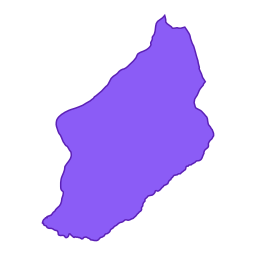 Tilisca, Sibiu, Romania (orthographic projection)
{"feature_id": "2599482B81731395938028", "entity_name": "Tilisca", "entity_type": "district", "adm_level": 2, "iso_a3": "ROU", "parent_name": "Romania", "parent_adm1": "Sibiu", "projection": "orthographic", "projection_center": [23.764, 45.562], "detail": "fine", "context": "isolated", "style": "filled", "palette": "violet", "viewbox_px": 256, "rotation_deg": 0, "n_neighbors": 0, "source": "geoboundaries", "source_scale": "gbopen_adm2", "svg_char_len": 5746}
<svg xmlns="http://www.w3.org/2000/svg" viewBox="0 0 256 256"><path d="M184.8,27.1L182.7,27.7L180.9,28.2L179.5,28.2L178.2,28.1L177.8,27.8L176.5,27.8L175.1,28.1L173.7,28.2L172.9,28.3L172.2,28.0L171.5,26.9L167.1,23.7L165.8,22.1L165.7,19.4L165.1,16.8L164.7,15.4L162.6,17.8L160.9,19.0L157.6,21.4L156.3,23.5L155.7,26.1L155.1,31.2L154.2,34.4L152.6,36.6L152.3,37.2L152.3,39.0L151.9,40.4L150.8,42.4L150.7,43.6L151.0,44.4L150.7,45.5L150.4,46.0L149.6,47.1L148.5,48.2L147.2,49.2L145.9,50.0L143.4,51.2L140.5,52.3L138.4,53.5L137.7,54.1L137.0,55.4L136.0,57.8L133.4,61.0L131.3,63.0L129.4,64.8L127.9,66.3L126.1,67.8L124.1,68.9L122.5,69.3L120.8,70.1L119.1,71.4L117.5,73.3L115.9,74.6L114.2,75.7L113.0,76.6L111.1,78.5L109.7,81.2L108.1,84.3L107.2,85.5L105.8,86.6L102.9,89.7L101.6,91.1L97.8,94.3L95.5,96.2L94.5,96.7L93.5,98.3L92.6,99.0L91.7,99.6L90.3,100.8L88.4,101.9L85.9,103.3L84.5,104.2L82.5,105.4L78.3,107.1L75.0,108.3L70.9,109.6L69.0,110.3L64.9,112.3L62.8,113.7L61.6,114.4L58.9,116.8L57.7,118.3L57.0,119.6L56.7,120.2L56.3,122.2L56.2,124.5L56.5,126.4L58.1,131.3L58.8,133.0L59.3,133.8L60.2,134.9L60.6,135.6L61.4,137.3L62.6,140.3L63.3,141.9L64.3,143.3L64.8,144.2L65.8,145.5L67.3,146.4L67.8,147.1L69.6,150.3L70.8,151.8L71.1,152.7L71.3,155.1L71.2,156.2L70.4,158.6L68.8,161.1L66.6,164.0L65.0,166.4L64.9,166.7L64.5,169.9L63.6,172.6L61.6,177.4L61.1,179.3L60.7,182.7L60.7,186.7L60.8,188.3L61.2,189.7L62.1,190.8L62.9,191.4L63.3,192.1L63.3,193.1L63.0,195.1L61.9,198.4L61.6,200.4L61.4,201.8L60.5,204.3L59.3,206.1L58.4,206.9L56.8,208.4L55.5,209.8L55.4,210.3L55.3,210.5L54.6,211.3L54.1,211.6L53.7,212.1L53.3,212.3L53.0,212.6L52.8,213.0L52.5,213.3L52.3,213.7L51.4,214.8L51.0,215.3L50.3,215.3L50.1,215.5L49.9,215.7L49.5,215.8L49.2,215.9L48.8,215.9L48.4,216.2L47.8,216.3L47.1,216.6L46.9,216.8L47.0,217.1L47.1,217.6L46.5,217.7L45.9,217.7L45.4,217.9L45.2,218.2L45.0,218.6L44.7,218.9L44.0,219.3L43.6,219.8L43.1,220.6L43.0,220.8L42.8,221.6L42.6,222.0L42.4,223.0L42.7,223.2L43.1,223.2L43.5,223.4L43.6,224.7L44.6,225.4L45.9,225.8L46.5,226.3L46.8,226.9L47.1,227.5L47.8,227.9L49.0,228.3L51.5,228.4L52.8,228.9L54.1,229.8L55.2,230.3L56.8,230.6L57.6,231.3L57.9,232.0L58.2,233.1L58.2,233.9L58.4,234.6L58.9,235.1L60.2,235.5L60.9,235.5L62.1,235.4L63.0,235.4L63.4,235.5L64.4,235.9L64.6,236.1L64.6,236.3L64.9,236.7L65.5,237.5L66.6,237.6L67.2,237.3L67.8,236.9L68.5,235.9L68.7,235.5L69.0,234.2L69.2,233.9L69.5,233.9L70.0,233.9L70.4,234.2L70.9,234.9L71.3,235.3L72.4,236.2L73.5,237.2L74.2,237.4L74.5,237.2L74.8,236.9L75.5,236.9L76.1,237.2L77.2,237.1L77.7,237.2L78.3,237.5L79.1,237.5L80.3,238.0L81.7,238.9L82.8,238.7L83.2,238.1L83.9,237.4L86.0,237.0L86.8,237.3L87.9,238.0L89.1,238.4L89.7,238.8L90.6,239.8L93.1,240.2L94.1,240.5L96.5,240.6L97.6,240.3L98.6,239.6L99.8,238.2L100.6,237.5L102.1,237.1L102.9,236.7L103.3,236.3L104.3,235.8L104.8,234.7L105.2,234.2L105.8,233.8L106.4,233.8L107.0,233.7L107.4,233.5L108.5,232.8L109.5,231.9L109.9,231.4L110.4,230.0L110.7,229.7L111.1,229.2L111.8,228.8L112.9,228.1L114.5,226.3L115.1,226.0L115.9,225.6L116.5,225.2L117.4,224.5L118.4,223.5L119.4,222.9L119.9,222.6L121.8,222.1L122.7,221.8L123.3,221.3L123.9,220.9L124.5,220.3L125.2,219.9L126.1,219.8L126.6,219.9L127.9,220.2L128.5,220.2L129.9,219.8L131.8,218.8L132.6,218.6L133.2,218.3L134.6,217.0L135.7,216.1L137.5,213.8L138.4,213.1L139.0,212.3L139.7,211.7L140.5,211.2L141.0,210.7L141.4,210.0L141.6,209.4L141.5,208.8L141.5,208.1L141.5,207.6L141.9,207.0L142.7,206.0L142.8,205.1L142.9,204.0L143.6,202.5L144.7,201.4L145.0,201.0L145.0,200.7L144.9,200.4L144.8,200.0L144.9,199.7L145.0,199.4L145.3,198.9L145.9,198.3L147.0,197.4L147.3,197.0L147.9,196.2L148.6,195.8L150.0,195.5L151.2,195.3L152.4,195.0L153.6,194.1L154.5,193.0L155.0,192.3L155.1,191.5L155.3,191.0L155.8,190.7L156.2,190.6L156.7,190.8L157.2,191.0L157.9,191.1L158.5,190.9L159.0,190.6L160.0,189.9L162.1,187.5L162.6,187.0L163.0,186.8L163.4,186.4L163.8,185.6L164.1,185.4L165.1,185.1L165.7,184.6L166.4,184.6L166.8,184.3L167.3,183.8L167.8,183.6L168.0,183.1L168.2,182.5L168.9,181.1L169.5,180.3L170.7,179.7L170.9,179.4L171.2,178.4L172.4,177.4L172.8,176.9L173.3,176.1L173.7,175.8L174.0,175.4L174.4,175.2L175.2,175.2L175.7,175.0L176.1,174.9L176.9,174.9L177.5,174.6L178.3,173.9L178.7,173.8L180.2,173.8L180.9,173.2L181.5,172.5L182.1,172.1L183.4,171.1L184.3,170.3L185.0,169.9L185.3,169.7L185.5,169.4L185.6,168.8L185.8,168.2L185.9,167.6L186.0,167.0L186.1,166.8L186.4,166.4L186.9,166.2L187.4,166.2L187.9,166.2L188.2,166.1L188.3,165.9L188.6,165.4L188.9,165.2L189.4,165.0L190.1,164.9L191.2,164.8L191.6,164.5L192.1,164.0L192.5,163.6L193.2,163.5L193.4,163.4L194.0,162.9L194.5,162.7L195.0,162.4L195.3,162.0L196.1,161.2L196.7,160.9L197.7,160.8L198.6,160.7L199.5,160.5L200.5,159.9L201.0,159.5L201.4,159.0L202.0,158.0L202.9,155.6L203.6,154.0L203.9,153.5L203.8,152.3L204.1,151.9L204.3,151.1L204.6,150.4L205.2,149.7L205.9,149.1L207.4,147.9L208.3,146.8L208.5,145.7L208.4,144.4L208.4,143.5L208.8,142.5L209.7,141.0L210.1,140.4L211.8,138.9L212.4,137.9L213.1,136.5L213.6,135.9L213.6,135.1L213.6,134.1L213.5,133.2L213.2,132.3L212.6,130.8L212.2,129.7L211.2,128.5L210.4,127.0L208.6,124.8L208.2,123.8L207.7,121.2L207.4,118.8L206.8,117.1L205.5,115.7L204.3,114.2L201.7,111.4L200.6,110.5L197.9,109.1L196.2,108.2L195.7,107.7L195.4,107.2L195.2,106.7L194.1,102.6L194.4,100.9L194.6,99.5L194.8,98.9L196.1,96.8L197.1,95.3L198.1,93.1L199.3,90.3L200.2,88.8L201.6,87.0L202.5,86.0L203.1,85.3L203.4,84.6L203.5,84.1L203.7,83.5L204.3,83.0L204.6,82.6L205.3,81.7L204.6,80.6L203.3,78.5L202.6,77.5L202.0,75.6L201.4,73.8L199.7,70.1L199.1,68.4L199.3,67.8L199.3,67.1L199.1,66.4L198.6,64.5L198.1,62.3L197.9,60.8L196.9,57.6L196.3,55.6L195.5,52.5L194.5,48.9L193.6,46.0L192.9,44.7L192.1,43.1L191.2,40.5L190.6,38.8L190.1,36.3L189.7,34.9L188.9,33.3L186.8,30.0L184.8,27.1Z" fill="#8b5cf6" stroke="#5b21b6" stroke-width="1.5"/></svg>